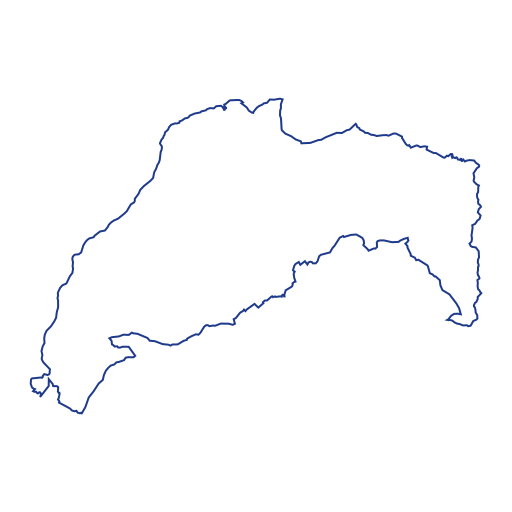 Paltin, Vrancea, Romania (orthographic projection)
{"feature_id": "2599482B62752740726315", "entity_name": "Paltin", "entity_type": "district", "adm_level": 2, "iso_a3": "ROU", "parent_name": "Romania", "parent_adm1": "Vrancea", "projection": "orthographic", "projection_center": [26.727, 45.767], "detail": "fine", "context": "isolated", "style": "outline", "palette": "blue", "viewbox_px": 512, "rotation_deg": 0, "n_neighbors": 0, "source": "geoboundaries", "source_scale": "gbopen_adm2", "svg_char_len": 6029}
<svg xmlns="http://www.w3.org/2000/svg" viewBox="0 0 512 512"><path d="M447.3,319.9L448.8,320.2L449.7,319.9L452.3,320.6L454.4,322.3L457.3,323.7L459.5,324.0L462.9,325.4L467.0,325.3L468.2,326.2L470.6,325.7L473.3,321.0L476.5,319.6L477.4,318.6L477.2,315.1L475.7,312.6L475.4,309.4L474.7,307.1L474.0,306.5L473.9,305.2L475.1,302.8L476.3,302.0L476.9,300.8L477.7,299.0L477.7,297.0L481.3,293.2L480.2,292.0L479.5,290.5L478.2,289.3L477.6,286.3L477.8,283.0L477.4,280.1L479.4,278.5L479.4,278.0L478.9,276.4L478.1,275.5L477.5,272.8L478.0,270.2L478.0,267.0L478.4,266.7L478.6,265.5L478.5,264.3L477.8,262.5L478.0,259.7L479.0,257.4L478.7,251.3L475.8,247.4L472.1,246.9L470.6,245.9L469.5,243.6L471.5,241.7L472.0,238.6L471.5,235.7L472.6,227.6L472.2,225.3L475.2,223.8L477.3,220.7L479.6,218.9L480.6,215.5L477.8,212.4L478.8,209.1L481.0,206.8L480.2,205.3L478.4,203.8L478.0,202.1L478.4,199.7L477.5,198.4L477.1,196.8L477.0,194.1L478.1,192.0L478.3,186.9L478.9,185.5L476.6,184.3L474.0,181.7L473.6,180.7L474.3,177.4L473.5,173.3L476.8,168.3L479.0,166.7L479.2,165.5L478.4,164.5L476.0,162.9L474.1,160.5L469.7,160.1L466.7,160.6L465.0,161.5L463.2,159.5L462.3,160.9L461.8,161.0L461.3,160.4L461.1,158.9L460.6,158.9L460.1,159.9L457.8,159.4L457.0,157.6L456.3,157.3L455.2,158.1L453.4,157.3L452.3,157.9L451.7,156.2L452.6,155.7L452.6,155.2L452.0,154.0L450.6,154.1L448.2,156.2L446.9,155.7L444.7,157.7L443.4,157.5L436.0,153.1L433.6,153.0L426.6,149.6L427.1,146.7L424.3,146.3L420.3,147.1L417.6,145.6L416.3,145.5L410.8,147.7L409.2,145.1L408.5,145.7L407.0,145.2L405.7,143.8L402.0,137.9L402.0,136.6L395.8,133.5L393.5,133.5L388.5,135.7L386.7,135.1L383.8,135.1L376.7,136.0L374.1,135.1L371.0,134.7L367.9,133.0L365.1,132.8L363.7,131.4L359.8,129.5L359.3,128.1L357.3,127.1L356.2,124.3L355.7,123.8L349.6,129.6L346.8,130.2L341.9,133.0L336.8,132.8L325.6,137.3L321.4,139.7L318.3,140.1L310.3,142.9L301.4,143.3L300.8,141.3L295.8,139.5L291.1,136.2L285.3,133.6L282.0,130.4L281.6,129.2L281.0,118.4L280.0,115.4L280.2,110.3L280.9,108.5L280.9,104.2L282.6,99.4L280.0,98.7L274.1,99.7L269.9,99.5L267.0,102.8L263.7,103.4L262.5,104.5L259.0,106.1L256.9,107.6L253.6,111.7L253.2,112.9L251.5,112.4L248.8,110.6L246.8,107.5L241.4,103.3L243.0,102.4L241.6,101.1L239.5,100.1L237.4,100.0L230.4,100.3L229.5,100.6L225.7,103.9L224.2,104.6L224.4,106.0L226.1,107.9L226.0,108.3L224.7,108.4L224.6,109.8L224.0,109.8L222.9,107.3L221.0,105.8L216.3,106.2L213.8,108.4L210.1,108.1L207.2,109.1L205.9,110.3L201.4,111.4L200.1,112.5L194.8,113.5L189.8,115.6L188.7,117.1L187.5,117.9L184.9,118.4L181.8,120.6L179.6,121.3L179.3,122.8L176.6,123.5L175.0,123.4L171.1,124.8L169.0,127.3L168.0,129.7L165.1,132.3L164.5,134.9L163.6,136.1L163.1,137.8L161.6,139.5L160.0,143.1L160.0,143.6L161.9,146.5L161.9,147.6L161.6,149.8L160.7,151.9L159.7,160.1L158.9,162.5L157.4,164.9L156.1,168.8L154.2,172.3L153.1,178.0L150.2,181.0L143.8,186.1L140.3,189.8L138.5,193.9L134.8,198.8L134.8,200.9L134.1,202.4L130.8,204.4L126.8,211.2L124.2,213.7L118.0,218.7L113.7,220.6L110.9,222.6L108.8,224.8L108.0,226.6L105.0,230.5L100.0,231.5L94.5,235.8L93.7,237.2L89.1,238.5L87.1,240.1L85.4,242.0L83.3,245.5L81.2,252.4L78.7,254.3L75.1,254.6L73.7,255.5L72.6,257.2L72.4,258.2L72.4,259.8L73.0,262.1L72.6,266.5L73.1,268.4L72.4,272.9L69.9,276.2L66.7,282.9L65.9,283.8L62.5,285.2L60.1,287.9L58.1,292.1L57.8,293.3L58.1,295.6L57.5,298.1L58.1,300.6L58.1,307.4L56.8,312.1L56.1,317.7L54.2,321.5L50.9,326.4L46.6,330.7L44.8,334.6L44.2,338.3L44.5,343.1L42.7,346.3L41.5,351.1L42.4,355.0L41.7,358.4L41.9,359.6L43.3,362.3L49.9,369.2L49.6,373.3L49.1,374.3L47.5,375.0L44.3,374.1L42.8,375.9L42.8,376.9L42.0,377.8L40.9,377.5L32.1,378.4L31.3,379.0L31.0,379.8L30.7,383.8L32.0,387.4L33.6,388.7L34.9,389.1L33.1,391.2L34.4,391.8L36.1,391.7L37.1,393.1L38.0,393.4L39.3,392.2L40.0,392.3L40.7,393.3L40.9,395.0L40.1,397.0L48.7,386.0L48.8,379.2L52.6,383.9L53.2,386.1L57.0,386.2L58.2,387.2L57.9,391.6L58.7,392.9L59.4,392.8L59.6,393.8L58.7,398.1L58.0,399.5L59.4,401.4L59.0,402.6L70.0,408.5L71.9,410.5L74.6,411.3L76.4,410.8L77.6,412.6L80.0,413.3L81.0,412.8L81.8,413.3L85.3,407.2L88.8,397.4L93.6,391.3L98.7,383.5L102.8,379.9L103.9,375.1L105.9,370.6L108.6,367.5L110.7,365.6L114.2,364.5L116.5,362.3L118.7,362.0L124.1,360.1L125.6,357.7L128.2,357.2L133.5,357.3L135.2,355.8L128.7,346.8L122.7,346.7L120.0,347.6L118.2,347.5L117.1,346.3L114.4,346.5L113.8,345.5L112.0,344.4L111.5,340.7L109.4,338.3L111.9,337.2L119.0,336.4L123.4,334.7L128.8,334.9L131.9,332.6L133.1,333.3L137.5,333.8L146.8,337.7L147.7,338.2L149.7,340.7L154.9,341.2L162.6,344.1L168.4,344.7L170.5,345.6L172.4,344.5L177.7,344.4L183.7,340.8L186.8,339.9L187.3,338.5L191.5,336.2L195.8,334.3L198.5,334.7L200.3,332.9L204.2,326.7L206.0,325.3L207.7,325.1L209.4,326.2L213.2,325.5L215.0,325.8L220.8,323.6L228.7,323.7L232.7,324.8L234.9,323.8L233.7,319.2L235.9,318.0L240.1,312.7L243.0,311.0L244.0,309.6L245.4,311.1L247.0,309.3L254.5,303.9L258.3,307.6L263.4,303.2L262.9,302.2L264.7,300.6L267.2,300.4L271.4,296.6L272.3,296.3L273.0,297.2L275.0,296.4L275.7,296.9L280.8,296.3L281.7,296.7L282.5,294.8L283.7,295.0L284.1,296.4L284.5,296.4L284.3,294.8L285.7,290.3L291.8,286.6L292.7,284.9L292.5,283.4L294.0,282.1L295.5,281.6L294.2,277.7L293.7,274.4L293.9,272.9L294.7,271.7L293.0,270.3L294.2,266.0L295.4,264.1L298.8,262.0L300.3,264.8L304.9,261.2L307.4,264.5L308.5,262.4L310.3,261.7L311.9,262.1L312.8,263.3L315.8,263.3L317.6,261.1L319.1,256.3L320.9,254.8L330.0,252.4L332.4,248.2L334.5,245.8L339.7,237.7L343.2,236.0L344.0,237.0L351.0,234.9L356.2,234.5L360.3,236.7L362.4,238.0L363.7,240.4L364.1,243.2L363.3,245.1L367.5,249.0L368.6,250.7L373.8,248.5L375.4,248.6L377.1,246.9L376.8,242.5L377.6,241.1L380.0,240.4L383.9,240.4L392.0,242.2L398.5,241.9L400.2,240.6L403.9,238.9L407.7,237.8L407.8,238.9L408.4,240.4L407.4,242.0L405.4,243.6L407.5,246.2L407.5,247.6L410.7,254.1L410.7,255.7L414.9,257.7L416.2,260.2L418.3,259.7L427.4,265.4L427.9,266.2L429.8,273.2L432.7,274.5L434.4,276.4L435.6,276.4L439.8,280.2L440.4,285.3L442.4,290.1L449.4,294.3L456.4,303.5L459.1,308.2L460.8,314.3L457.9,313.7L454.1,313.9L451.1,315.8L448.5,319.2L447.3,319.9Z" fill="none" stroke="#1e3a8a" stroke-width="2"/></svg>